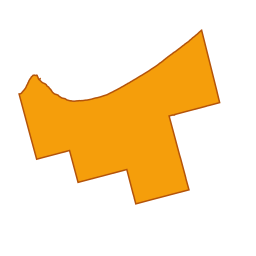 the district of Kingston (SA), South Australia, Australia, rotated 75°
{"feature_id": "25037944B29779306176871", "entity_name": "Kingston (SA)", "entity_type": "district", "adm_level": 2, "iso_a3": "AUS", "parent_name": "Australia", "parent_adm1": "South Australia", "projection": "natural_earth1", "projection_center": [139.822, -36.641], "detail": "fine", "context": "isolated", "style": "filled", "palette": "amber", "viewbox_px": 256, "rotation_deg": 75, "n_neighbors": 0, "source": "geoboundaries", "source_scale": "gbopen_adm2", "svg_char_len": 5057}
<svg xmlns="http://www.w3.org/2000/svg" viewBox="0 0 256 256"><g transform="rotate(75 128 128)"><path d="M52.6,31.6L52.7,32.0L52.8,32.1L52.9,32.3L53.0,32.5L53.2,32.8L53.5,33.5L53.9,34.3L54.0,34.6L54.2,34.9L54.4,35.2L54.7,35.7L54.8,35.9L54.8,36.0L55.3,36.8L55.8,38.2L56.0,38.5L56.3,39.0L56.5,39.5L56.6,39.8L56.7,40.0L57.1,40.8L57.2,41.1L57.4,41.6L57.5,42.0L57.7,42.4L57.8,42.5L58.0,42.9L58.3,43.4L58.5,43.8L58.7,44.2L59.0,44.9L59.2,45.5L59.9,46.6L60.3,47.3L60.4,47.8L60.6,48.3L60.8,48.8L60.9,49.1L60.9,49.3L61.0,49.5L61.4,50.3L61.5,51.0L61.9,51.6L62.0,51.7L62.3,52.5L62.5,53.0L62.7,53.7L63.0,54.2L63.1,54.6L63.3,55.0L63.5,55.3L63.8,56.2L63.9,56.4L64.2,57.0L64.4,57.5L64.5,57.8L64.7,58.2L64.8,58.7L65.3,59.6L65.4,60.1L65.5,60.3L65.6,60.5L66.0,61.3L66.1,61.6L66.2,61.9L66.3,62.2L66.5,62.5L66.7,63.5L66.8,63.8L66.9,64.2L67.4,65.4L67.6,65.6L67.8,66.1L67.9,66.5L68.0,66.7L68.0,66.8L68.1,67.1L68.3,67.5L68.4,67.9L68.5,68.0L68.6,68.3L68.7,68.6L68.8,68.9L69.0,69.3L69.1,69.7L69.3,70.1L69.6,70.9L69.8,71.4L70.2,72.1L70.4,72.9L70.8,73.6L71.1,74.3L71.2,74.6L71.3,74.8L71.4,75.2L71.8,75.9L72.0,76.4L72.3,76.9L72.6,77.7L73.3,79.3L73.4,80.0L73.6,80.4L73.9,81.1L74.0,81.3L74.5,82.4L74.9,83.3L75.2,84.2L75.8,85.8L76.0,86.5L76.2,87.0L76.3,87.5L76.7,88.6L76.8,89.0L77.2,90.2L77.4,90.8L77.6,91.3L78.2,93.0L78.3,93.1L78.4,93.4L78.4,93.7L78.6,94.2L78.7,94.5L79.0,95.7L79.2,96.3L80.0,99.0L80.5,100.5L80.6,101.0L80.9,102.2L81.3,103.7L81.5,104.3L82.1,106.3L82.3,106.9L82.5,107.4L82.6,107.9L82.7,108.3L82.8,108.7L83.0,109.6L83.2,110.1L83.3,110.7L83.5,111.1L83.6,111.5L83.7,111.9L83.9,112.5L84.0,113.2L84.4,114.2L84.6,114.9L84.8,115.6L84.9,116.7L85.0,116.9L85.2,117.4L85.4,118.0L85.5,118.7L85.7,119.4L85.8,119.6L85.8,119.8L86.0,120.2L86.1,120.7L86.3,121.5L86.4,121.8L86.5,122.1L86.6,122.8L86.8,123.6L87.0,124.3L87.1,124.7L87.3,125.2L87.7,127.1L88.1,128.6L88.8,132.1L89.1,133.1L89.5,135.3L89.6,135.9L89.9,137.2L90.2,138.6L90.4,139.4L90.5,140.4L90.5,141.2L90.6,143.6L90.8,146.3L90.8,147.1L90.8,149.4L90.8,149.9L90.7,150.8L90.6,151.6L90.6,153.6L90.7,155.2L90.7,155.8L90.6,157.4L90.5,159.3L90.4,160.5L90.1,161.9L90.0,163.0L89.8,164.8L89.7,165.0L89.5,165.8L89.5,166.3L89.4,166.7L89.1,167.5L88.9,168.3L88.9,169.2L88.6,170.0L88.6,170.3L88.5,170.9L88.4,171.1L88.4,171.6L88.4,171.8L88.4,172.1L88.2,172.9L88.2,173.3L88.0,173.5L87.9,173.9L87.6,174.9L87.4,175.1L87.2,175.4L87.2,175.5L87.1,176.1L86.9,176.3L86.7,176.9L86.5,177.3L86.4,177.5L86.2,177.8L86.1,178.1L85.9,178.3L85.7,178.7L85.4,179.2L85.3,179.4L85.0,179.8L84.8,180.0L84.7,180.1L84.4,180.3L83.9,180.8L83.3,181.3L83.2,181.4L83.0,182.2L82.6,182.7L82.4,183.2L82.2,183.6L82.0,184.0L81.8,184.1L81.5,184.5L81.2,184.8L81.0,185.0L80.6,185.3L80.1,185.8L79.9,186.1L79.4,186.4L79.0,186.6L78.7,186.7L78.3,186.9L78.2,187.1L77.6,187.8L77.2,188.4L77.0,188.6L76.8,189.2L76.6,189.3L76.5,189.6L76.1,190.1L75.8,190.4L75.2,190.8L74.9,191.0L74.4,191.4L74.1,191.6L73.1,192.0L72.7,192.1L72.4,192.2L72.0,192.3L71.8,192.3L71.7,192.3L71.4,192.6L70.6,192.8L70.3,193.1L69.9,193.2L69.7,193.4L69.5,193.5L69.2,193.6L68.8,193.8L68.6,193.9L68.1,194.0L67.7,194.3L67.4,194.6L67.1,194.8L66.9,195.0L66.6,195.3L66.3,195.4L66.1,195.5L65.7,195.6L65.1,195.7L64.9,195.9L64.7,196.0L64.3,196.3L64.1,196.4L63.8,196.8L63.7,197.0L63.4,197.2L63.1,197.6L62.8,198.0L62.5,198.4L62.4,198.5L62.2,198.7L61.9,199.0L61.3,199.5L61.1,199.6L60.9,199.7L60.4,200.0L60.0,200.2L58.4,201.3L57.8,200.1L57.7,200.1L58.0,201.0L57.9,201.1L57.7,201.3L57.7,201.6L56.7,201.9L56.0,201.8L55.4,201.9L54.8,202.1L54.6,202.2L54.2,202.2L53.8,202.1L53.7,202.1L53.5,202.4L53.3,202.7L53.3,203.0L53.3,203.3L53.3,203.7L53.1,204.1L53.0,204.4L52.8,204.6L52.7,204.7L52.7,204.9L52.7,205.5L52.5,205.9L52.5,206.0L52.9,206.6L53.0,206.7L53.1,206.9L53.3,207.2L53.3,207.3L53.4,207.5L53.6,207.9L53.7,208.2L53.9,208.3L54.3,208.7L54.6,209.0L54.9,209.4L55.1,209.7L55.3,209.9L55.4,210.1L55.7,210.3L56.3,211.0L56.7,211.3L57.1,211.8L57.5,212.0L57.8,212.1L58.1,212.4L58.3,212.7L58.5,212.8L58.7,213.1L58.9,213.2L59.1,213.3L59.6,213.6L60.0,214.1L60.2,214.3L60.3,214.4L60.4,214.5L60.5,214.6L60.8,214.9L61.2,215.2L61.6,215.5L62.0,215.8L62.5,216.2L62.8,216.5L63.1,216.9L63.2,217.0L63.5,217.4L63.6,217.5L63.8,217.7L63.9,217.9L64.0,218.1L64.5,218.6L64.6,218.8L64.8,219.1L65.0,219.5L65.2,219.8L65.5,220.1L65.7,220.4L66.1,221.1L66.4,221.4L66.5,221.5L66.9,222.2L67.0,222.8L67.1,223.3L67.1,223.7L66.9,224.2L66.9,224.4L84.3,224.4L98.6,224.4L110.0,224.4L134.5,224.3L134.5,216.7L134.6,190.3L167.6,190.3L167.6,186.9L167.6,185.6L167.8,139.9L192.6,140.1L196.4,140.0L196.9,140.0L197.0,140.1L201.4,140.1L202.5,140.1L202.9,140.1L203.3,140.1L203.3,135.8L203.3,123.5L203.4,108.7L203.4,103.7L203.5,85.1L192.0,85.2L190.6,85.1L170.9,85.1L167.9,85.2L151.9,85.2L150.6,85.2L150.3,85.2L134.8,85.2L127.0,85.2L127.0,83.9L127.1,83.7L127.0,83.3L127.0,82.5L127.1,82.3L127.1,82.1L127.0,81.9L127.0,81.5L127.3,80.8L127.3,80.5L127.3,80.4L127.5,80.1L127.3,79.7L127.2,79.6L127.3,79.5L127.3,79.3L127.3,79.2L127.2,79.0L127.1,78.9L127.1,67.8L127.2,46.9L127.1,46.0L127.2,43.4L127.2,32.9L117.9,32.7L114.7,32.6L52.6,31.6Z" fill="#f59e0b" stroke="#b45309" stroke-width="1.5"/></g></svg>